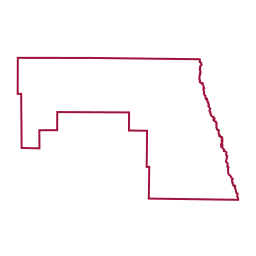 outline of Polk, Minnesota, United States of America, rotated 181°
{"feature_id": "52423323B42155101641625", "entity_name": "Polk", "entity_type": "district", "adm_level": 2, "iso_a3": "USA", "parent_name": "United States of America", "parent_adm1": "Minnesota", "projection": "orthographic", "projection_center": [-96.923, 47.836], "detail": "fine", "context": "isolated", "style": "outline", "palette": "rose", "viewbox_px": 256, "rotation_deg": 181, "n_neighbors": 0, "source": "geoboundaries", "source_scale": "gbopen_adm2", "svg_char_len": 3517}
<svg xmlns="http://www.w3.org/2000/svg" viewBox="0 0 256 256"><g transform="rotate(181 128 128)"><path d="M239.4,196.2L238.9,160.2L235.4,160.2L234.0,106.2L216.2,106.1L216.6,124.2L198.8,124.6L199.0,142.7L127.2,143.6L127.0,125.5L108.9,125.6L108.7,101.5L108.7,89.5L106.1,89.5L106.0,71.4L106.0,57.8L16.7,58.1L16.6,58.5L16.6,59.1L16.9,60.4L17.2,60.8L17.5,61.1L17.6,61.3L17.6,61.9L17.6,62.3L17.4,62.8L17.2,63.4L17.2,64.0L17.3,64.3L18.3,64.7L18.6,65.1L18.5,65.5L18.6,65.9L18.9,66.5L19.1,67.7L19.3,68.3L20.0,69.8L20.1,70.2L20.2,70.6L20.1,70.8L19.8,71.4L19.7,71.7L19.8,72.0L20.3,72.2L21.2,72.1L21.4,72.1L21.7,72.4L21.8,73.4L22.3,73.8L22.5,74.1L22.5,74.5L22.2,74.9L22.2,75.1L22.3,75.3L22.7,75.6L23.0,76.3L23.1,77.1L22.9,78.0L22.4,78.6L22.3,78.9L22.4,79.1L22.6,79.2L23.3,79.4L24.8,82.0L25.4,82.5L26.4,83.2L26.6,83.5L26.8,84.1L27.1,85.4L27.3,88.4L27.3,88.7L26.9,89.7L26.8,90.1L27.0,90.6L27.2,90.8L27.8,90.9L28.1,91.0L28.1,91.4L27.8,91.8L27.6,92.1L27.9,94.4L28.2,95.0L29.2,95.6L29.4,95.9L29.5,96.1L29.4,96.6L29.0,98.2L28.6,99.2L28.6,99.5L28.9,100.2L28.8,100.6L28.3,101.2L28.2,101.5L28.3,101.7L28.6,102.0L29.3,102.5L29.5,103.0L29.5,103.5L29.2,104.3L29.1,104.7L29.2,105.3L29.7,105.9L30.6,106.4L31.4,106.5L31.8,106.7L31.9,107.3L31.6,108.0L31.9,108.6L32.7,109.2L34.4,110.8L34.3,111.1L33.5,111.6L33.9,111.8L34.4,112.2L34.7,112.7L34.7,113.4L34.4,113.7L34.0,113.6L33.5,113.1L33.4,113.2L33.5,113.8L34.0,114.4L34.0,114.8L33.5,115.3L33.4,115.9L34.2,116.7L34.2,117.0L33.3,117.6L33.3,118.1L33.6,118.6L34.1,119.0L34.3,119.3L34.2,119.7L33.6,120.1L33.6,120.3L33.9,120.6L34.4,120.8L36.1,121.1L36.5,121.4L36.6,121.7L36.3,122.0L36.0,122.1L36.0,122.4L36.6,122.9L36.8,123.0L37.1,123.4L37.3,124.3L37.3,126.1L37.3,126.4L37.1,126.7L37.0,127.0L37.8,127.8L38.7,127.8L39.4,129.3L39.3,130.1L39.4,130.3L39.7,130.5L39.7,131.1L39.5,131.4L39.5,132.4L39.9,133.2L39.7,133.6L39.5,133.9L39.4,134.2L39.5,134.5L40.1,135.3L40.1,135.7L40.3,136.0L40.5,136.1L41.5,136.2L41.9,136.8L42.7,137.3L42.8,137.5L42.2,138.0L41.9,138.3L41.6,138.8L41.6,139.1L41.8,139.2L42.1,139.1L42.9,139.8L42.8,140.6L43.8,140.8L45.3,142.2L45.6,143.0L45.4,143.4L45.5,143.9L45.8,144.3L46.2,144.6L46.2,144.9L46.0,145.1L45.9,145.4L46.0,145.5L46.7,146.0L46.8,146.4L46.8,147.1L46.7,147.5L46.1,148.1L46.1,148.4L46.2,148.7L46.5,149.3L47.2,150.4L48.1,151.3L48.0,151.7L47.5,152.3L47.5,152.6L47.9,153.0L48.0,153.4L47.9,153.8L47.9,154.2L48.6,154.7L48.7,154.9L48.7,155.4L48.6,155.7L48.6,155.9L48.8,156.1L49.0,156.0L49.1,156.3L49.4,157.0L49.7,157.4L49.7,157.6L49.3,158.2L49.4,158.6L49.5,158.7L49.7,158.8L50.0,158.6L50.3,158.1L50.5,158.1L50.7,158.3L50.8,158.6L51.2,161.6L51.4,161.9L51.9,162.0L52.0,162.2L52.2,162.5L52.2,162.9L52.6,163.4L52.8,164.0L52.7,164.4L52.5,164.9L52.6,166.1L53.1,166.7L53.2,167.0L53.2,168.5L52.9,168.7L52.4,168.9L52.4,169.2L53.2,170.2L53.6,172.9L54.1,173.2L54.8,173.4L54.9,173.5L54.4,174.1L54.4,174.3L56.3,174.6L56.8,174.9L57.0,175.3L57.1,175.8L56.8,176.7L57.0,177.0L57.4,177.6L57.3,177.8L57.1,177.9L57.1,178.2L57.5,178.9L57.6,179.4L57.3,181.4L56.9,182.2L56.9,182.7L57.2,183.0L57.2,183.3L56.8,183.8L56.5,183.9L56.5,184.1L56.5,184.5L56.8,184.8L56.7,185.1L56.5,185.5L56.6,186.2L57.0,186.6L57.2,187.0L57.2,187.4L56.9,187.7L56.8,187.9L56.9,188.2L57.1,188.5L57.1,189.0L56.8,189.5L56.9,189.9L57.1,190.2L57.1,190.4L56.3,191.8L56.0,191.9L55.7,192.2L55.5,192.5L55.9,193.7L55.9,194.3L56.2,194.6L56.6,194.8L57.2,194.9L57.3,195.0L57.3,195.5L57.5,195.8L57.6,196.0L57.5,196.3L57.3,196.5L57.3,197.1L57.3,197.6L57.5,198.0L167.5,197.4L239.4,196.2Z" fill="none" stroke="#9f1239" stroke-width="2"/></g></svg>